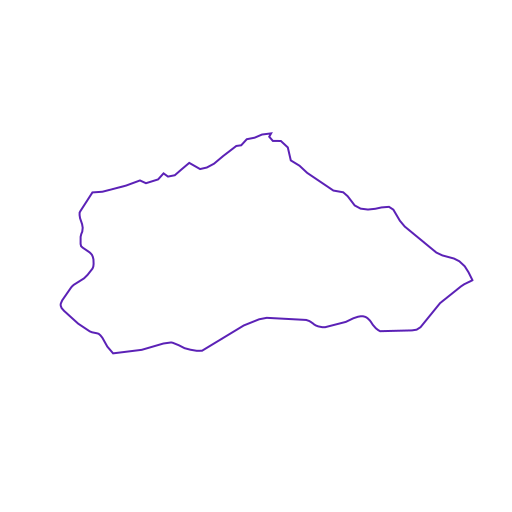 outline of Colonia, rotated 164°
{"feature_id": "URY-4", "entity_name": "Colonia", "entity_type": "Department", "adm_level": 1, "iso_a3": "URY", "parent_name": "Uruguay", "parent_adm1": "", "projection": "mercator", "projection_center": [-57.607, -34.127], "detail": "fine", "context": "isolated", "style": "outline", "palette": "violet", "viewbox_px": 512, "rotation_deg": 164, "n_neighbors": 0, "source": "natural_earth", "source_scale": "10m", "svg_char_len": 1787}
<svg xmlns="http://www.w3.org/2000/svg" viewBox="0 0 512 512"><g transform="rotate(164 256 256)"><path d="M395.7,362.2L385.9,360.1L361.6,359.5L346.7,360.6L341.7,356.3L329.0,356.6L322.1,360.9L318.7,356.6L311.8,356.0L304.1,359.6L294.5,363.9L285.8,355.0L278.9,354.6L270.9,356.3L259.9,361.2L244.6,367.2L239.7,366.5L232.7,370.8L224.7,370.1L216.7,371.1L207.7,369.7L210.4,367.0L208.1,362.0L200.4,359.7L195.5,351.6L196.2,338.3L189.3,330.8L183.9,321.8L163.6,297.6L154.6,293.2L151.4,288.2L147.2,277.4L142.4,272.7L135.6,269.8L128.3,268.5L122.0,268.1L114.6,266.6L111.2,262.7L108.0,250.3L104.9,243.3L81.7,209.6L76.7,205.2L66.4,199.0L62.0,194.9L58.2,188.6L56.2,181.8L54.6,173.1L54.8,173.0L63.5,171.5L67.3,170.3L92.0,160.0L117.5,142.2L121.9,140.9L126.6,141.5L157.4,149.5L158.9,151.0L160.6,153.3L161.3,154.7L162.7,157.7L163.7,161.0L164.3,162.6L165.9,165.4L166.8,166.5L167.8,167.4L168.6,167.9L169.8,168.6L171.9,169.2L174.7,169.5L179.6,169.3L187.8,167.9L209.1,168.5L211.9,169.3L215.6,171.2L217.6,172.7L219.0,174.2L219.6,175.1L220.0,175.7L219.7,175.3L221.5,177.5L222.7,178.8L225.4,180.7L262.7,193.6L270.4,194.3L286.9,192.6L334.0,179.8L339.1,181.2L344.9,184.0L350.1,187.1L354.8,191.5L359.9,195.5L361.4,196.3L369.1,197.4L391.7,197.3L420.2,201.8L423.9,209.9L426.2,219.7L427.4,222.6L428.7,224.6L430.1,225.5L434.7,227.9L436.6,229.4L445.6,240.0L455.6,256.1L457.2,259.5L457.4,261.7L457.3,262.7L457.0,263.6L456.4,264.5L454.5,266.8L442.4,276.7L441.2,277.5L439.2,278.5L427.5,281.9L423.1,284.3L416.6,289.0L415.3,290.7L414.3,293.1L413.2,297.5L413.1,300.2L413.4,302.4L414.1,303.9L414.9,305.3L420.3,311.8L421.4,313.6L421.3,315.9L419.3,322.8L417.9,325.3L416.3,327.3L414.8,330.9L414.4,334.5L414.7,340.9L414.3,344.0L413.6,346.3L412.5,347.5L395.7,362.2L395.7,362.2Z" fill="none" stroke="#5b21b6" stroke-width="2"/></g></svg>